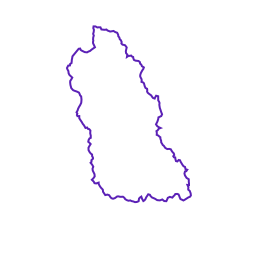 Santa Tereza de Goiás, Goiás, Brazil (Mercator projection), rotated 130°
{"feature_id": "56859067B61245198999160", "entity_name": "Santa Tereza de Goiás", "entity_type": "district", "adm_level": 2, "iso_a3": "BRA", "parent_name": "Brazil", "parent_adm1": "Goiás", "projection": "mercator", "projection_center": [-48.989, -13.559], "detail": "fine", "context": "isolated", "style": "outline", "palette": "violet", "viewbox_px": 256, "rotation_deg": 130, "n_neighbors": 0, "source": "geoboundaries", "source_scale": "gbopen_adm2", "svg_char_len": 3801}
<svg xmlns="http://www.w3.org/2000/svg" viewBox="0 0 256 256"><g transform="rotate(130 128 128)"><path d="M125.0,206.9L125.2,203.1L127.1,202.7L129.1,202.5L130.4,201.5L132.0,199.8L133.9,197.1L134.3,194.4L133.9,193.0L133.2,191.2L132.8,190.0L132.4,188.3L133.1,186.8L133.8,185.6L133.9,184.2L136.0,182.0L137.2,181.1L138.8,180.0L141.1,179.4L143.7,179.0L145.6,178.5L146.9,177.9L149.1,177.5L149.5,176.1L150.9,175.5L151.4,174.3L150.2,173.0L151.9,171.5L152.6,169.2L153.2,167.1L153.9,165.3L154.2,163.6L154.7,162.2L155.3,160.6L153.9,159.6L154.4,158.2L153.8,157.0L154.1,155.2L156.4,153.5L157.8,151.6L159.5,150.2L160.7,150.8L162.4,150.5L164.1,149.6L164.1,147.9L164.3,146.3L166.0,146.1L168.5,145.6L170.3,144.0L171.2,141.7L171.5,140.0L171.4,138.5L172.7,137.3L173.1,136.0L174.0,135.1L176.2,135.3L177.4,134.2L178.7,134.3L179.1,132.0L180.0,129.7L182.0,129.0L183.3,127.6L184.9,124.0L186.5,122.4L188.8,122.2L190.9,122.4L191.1,119.8L191.8,118.2L190.9,116.7L189.8,116.1L188.7,115.4L189.8,114.4L190.7,112.0L191.1,110.5L191.4,107.7L192.9,106.1L194.0,102.3L192.2,100.9L191.6,99.2L192.3,96.9L192.4,95.5L191.8,94.0L190.2,93.0L188.7,92.6L187.4,92.3L186.4,91.2L185.8,89.8L185.0,88.9L183.9,87.7L183.8,85.9L184.3,84.4L184.0,82.5L183.4,80.9L182.0,79.7L181.7,78.3L180.8,76.6L180.3,75.0L179.0,73.7L177.3,72.8L174.9,74.2L173.4,74.1L172.0,73.7L173.2,71.7L173.6,70.6L174.1,69.3L172.9,68.9L171.4,68.9L169.4,69.5L167.4,69.7L165.8,69.9L165.1,68.3L165.6,67.1L165.8,65.0L164.9,62.1L164.5,59.3L163.7,58.1L162.9,57.0L161.8,56.4L160.7,55.8L160.7,53.3L159.4,51.6L157.8,52.0L155.9,52.6L153.9,51.7L152.8,49.3L150.9,49.3L149.7,49.1L148.2,49.3L146.9,48.0L146.4,46.6L147.0,45.3L147.9,43.8L148.7,42.1L148.2,40.4L147.9,39.0L146.7,38.5L144.5,37.8L142.5,37.2L140.7,36.3L139.2,36.5L137.8,38.0L136.5,40.3L136.5,42.2L135.6,43.0L134.5,43.7L133.4,45.9L132.5,44.6L131.3,45.6L130.1,46.9L129.1,47.7L128.2,48.6L128.6,51.0L127.7,53.9L126.6,55.5L124.7,56.4L123.6,55.6L121.9,55.8L122.6,57.4L121.2,59.3L121.6,60.9L121.1,62.9L120.4,64.9L120.0,66.1L119.3,67.4L119.9,68.6L121.9,68.7L122.5,70.0L121.5,71.5L120.2,72.9L120.9,74.0L120.5,75.2L119.0,75.2L118.0,76.6L117.9,78.0L117.4,80.0L116.8,81.5L117.5,83.0L118.9,84.4L119.3,86.6L118.6,89.2L118.7,90.5L118.2,91.6L117.7,93.3L116.5,94.4L115.3,96.4L114.3,97.3L114.4,98.6L114.3,99.9L114.8,101.6L113.3,102.7L112.1,104.2L110.7,103.8L108.7,104.0L107.1,103.1L107.6,105.0L107.8,106.7L107.2,108.9L104.2,109.6L101.5,110.7L100.3,111.5L97.5,110.2L95.6,110.7L94.4,112.9L93.2,114.8L92.2,116.5L90.9,118.0L90.0,119.0L88.6,119.9L87.9,121.1L87.4,122.6L85.9,123.9L84.3,125.3L85.2,127.2L86.9,126.9L88.3,126.5L88.9,128.1L88.6,129.7L88.1,131.2L88.3,133.6L88.3,135.6L87.8,136.8L86.6,137.6L85.7,138.6L86.1,140.2L85.4,141.8L84.3,143.4L83.5,144.5L83.4,145.7L84.0,147.3L82.6,148.2L81.8,149.2L81.1,151.0L80.4,152.1L79.1,152.9L77.5,153.5L76.1,153.8L74.6,154.1L73.0,154.2L71.4,154.8L71.7,157.1L70.9,158.6L70.9,160.1L69.9,161.2L69.9,163.0L71.6,165.6L72.0,167.3L71.1,168.8L70.3,169.7L70.7,170.9L70.5,172.2L71.6,173.0L72.4,174.0L74.2,174.5L72.2,175.7L71.9,177.6L70.6,179.0L69.3,179.7L67.1,180.8L66.5,183.4L67.0,184.6L67.7,185.8L67.5,187.4L66.2,188.1L65.3,190.0L65.3,191.3L64.2,192.9L64.0,194.3L62.9,195.5L62.0,197.5L62.7,199.4L63.0,201.5L64.1,202.4L65.6,203.7L66.0,205.0L66.5,206.4L66.4,207.8L67.6,208.8L68.4,209.9L69.6,211.7L68.6,213.8L69.7,215.2L70.7,216.1L71.1,218.2L72.3,219.7L73.8,218.8L74.7,217.2L76.5,216.0L78.3,215.2L79.2,213.6L80.9,212.9L82.6,211.7L83.4,210.7L84.6,210.1L85.6,209.1L86.3,207.5L87.4,205.2L89.2,205.7L91.5,206.3L93.4,206.6L94.8,207.4L96.4,208.0L97.7,210.0L98.1,211.7L98.5,213.3L98.6,214.5L97.9,215.7L99.0,216.7L108.8,216.6L110.5,215.6L112.0,214.8L113.2,213.9L114.6,213.0L116.0,213.5L117.4,212.7L118.6,213.9L120.0,213.6L121.3,213.3L122.0,212.1L122.7,210.3L124.3,208.6L125.0,206.9Z" fill="none" stroke="#5b21b6" stroke-width="2"/></g></svg>